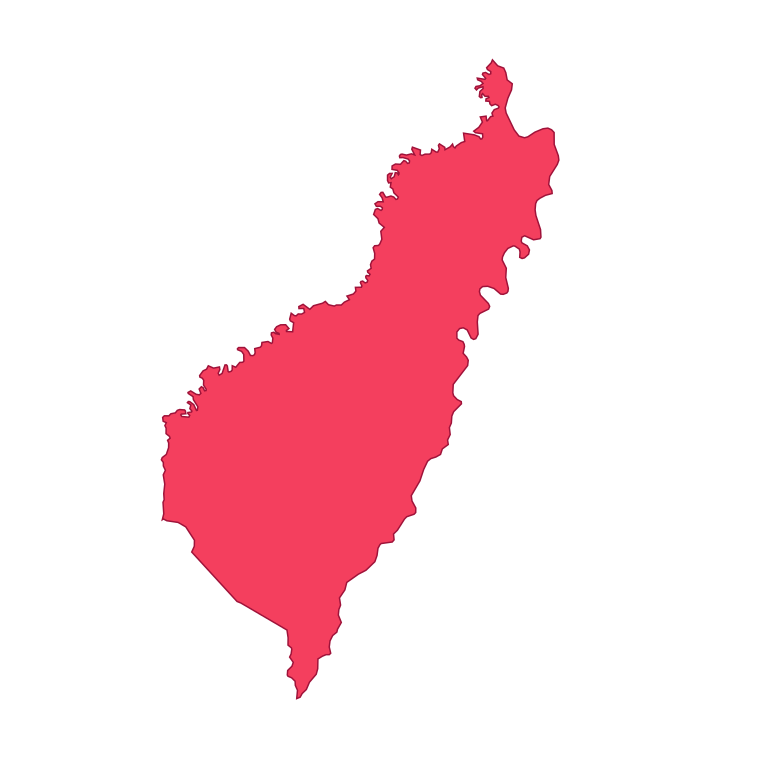 Villanueva, Casanare, Colombia, rotated 246°
{"feature_id": "7082276B89877473443630", "entity_name": "Villanueva", "entity_type": "district", "adm_level": 2, "iso_a3": "COL", "parent_name": "Colombia", "parent_adm1": "Casanare", "projection": "mercator", "projection_center": [-72.768, 4.503], "detail": "fine", "context": "isolated", "style": "filled", "palette": "rose", "viewbox_px": 768, "rotation_deg": 246, "n_neighbors": 0, "source": "geoboundaries", "source_scale": "gbopen_adm2", "svg_char_len": 6171}
<svg xmlns="http://www.w3.org/2000/svg" viewBox="0 0 768 768"><g transform="rotate(246 384 384)"><path d="M366.8,467.9L371.4,470.6L375.0,470.4L379.9,468.8L385.5,472.8L387.7,473.4L390.6,473.3L393.7,470.2L396.1,469.2L401.9,471.7L403.9,475.6L403.1,479.3L399.5,482.0L390.6,482.3L388.3,484.0L388.1,486.3L391.2,490.2L402.8,494.5L408.3,497.7L409.5,500.3L409.9,510.0L411.9,512.1L415.1,512.1L425.9,508.2L429.5,508.7L431.9,510.3L432.9,513.7L431.1,518.5L426.5,523.4L418.7,527.1L417.4,529.4L417.2,533.2L418.2,534.9L420.8,536.5L431.7,538.5L440.0,542.8L449.2,542.4L451.8,543.9L454.9,547.4L457.5,552.3L457.6,558.2L456.8,559.6L452.2,562.5L449.3,562.0L444.5,559.5L442.5,561.2L442.1,563.7L443.8,568.9L447.3,571.4L451.9,571.1L456.9,567.4L458.8,567.5L462.0,569.6L462.2,572.8L454.9,579.3L453.3,585.7L454.3,587.1L461.4,589.8L476.1,591.3L481.7,592.9L487.1,595.9L489.4,598.4L490.3,602.1L490.7,608.3L489.6,615.1L492.5,616.1L499.3,615.6L506.2,619.8L514.1,631.6L517.4,634.8L521.7,636.1L533.6,636.9L544.6,641.7L548.1,640.5L551.1,637.8L552.5,633.1L552.7,624.3L551.3,615.9L551.8,612.5L555.6,608.1L563.2,606.3L581.9,605.8L586.9,607.0L594.7,613.4L600.8,620.1L606.1,623.3L611.7,620.2L618.9,621.9L623.9,621.9L628.4,617.3L636.0,614.9L633.8,612.6L631.2,606.4L629.2,606.4L626.0,608.6L624.0,607.7L624.1,605.8L627.3,603.5L627.8,600.8L626.7,599.8L621.9,601.2L621.3,600.1L625.5,593.6L623.8,593.3L620.8,596.0L618.3,596.7L617.4,593.0L618.4,589.1L617.2,587.4L615.0,588.1L616.0,590.5L615.3,595.3L613.6,594.7L612.2,590.6L607.9,588.0L606.2,588.8L605.9,590.1L608.5,590.9L609.2,592.2L605.7,593.3L604.4,596.4L603.0,596.4L603.0,593.2L601.1,592.1L599.3,595.3L596.8,594.7L594.5,595.5L594.3,599.5L592.0,601.5L590.3,601.8L589.5,600.6L589.8,596.3L587.6,592.8L584.4,592.4L584.9,590.2L582.4,585.6L582.8,584.9L587.2,586.2L588.8,580.6L583.2,580.4L579.9,575.0L578.5,568.8L576.4,569.7L572.5,575.8L569.4,574.7L568.1,573.0L568.5,571.9L571.3,571.4L575.0,567.7L580.8,558.7L572.7,556.4L573.1,552.8L572.0,546.8L570.8,544.9L572.7,543.9L575.3,544.2L573.7,540.8L573.2,535.0L575.5,535.8L580.8,532.3L579.9,530.8L576.4,530.2L574.0,527.4L574.7,526.0L579.0,523.1L576.1,521.3L575.4,519.3L577.3,514.9L577.3,511.6L578.9,510.3L582.9,512.5L588.8,506.3L587.2,504.9L580.8,505.2L583.1,502.7L584.0,497.6L586.7,494.0L587.0,492.4L586.0,490.8L584.3,490.5L583.1,493.5L579.7,497.5L577.4,498.1L575.7,497.0L575.9,495.3L578.7,494.4L580.0,493.0L578.0,488.4L580.3,483.9L579.9,480.1L576.8,478.6L573.8,483.0L570.8,483.6L569.5,482.9L569.2,482.2L571.2,482.2L572.5,480.3L569.2,477.6L568.6,474.1L570.4,473.8L573.1,477.1L574.1,474.7L573.4,472.2L568.5,470.0L565.8,470.0L565.1,472.3L561.3,469.8L558.6,471.4L554.6,470.8L548.9,473.1L547.6,471.6L547.7,470.0L550.8,469.0L552.9,466.8L553.5,462.5L554.3,461.5L559.6,460.9L560.2,459.3L559.0,457.1L554.9,458.0L550.8,457.4L553.0,452.7L552.3,449.0L549.4,449.3L547.9,452.9L545.7,454.2L544.2,453.4L543.8,451.9L546.9,449.5L547.0,447.1L543.1,443.5L537.5,445.7L533.0,445.0L527.0,448.0L524.8,443.2L517.1,440.9L513.7,437.2L512.8,435.3L514.1,431.7L512.9,429.5L507.0,428.6L502.0,426.2L501.2,422.9L498.5,420.2L494.9,419.3L494.1,414.9L492.7,414.6L489.9,415.9L488.8,414.2L490.2,412.3L489.9,411.2L488.3,410.6L485.3,411.3L483.9,410.1L484.0,407.9L486.7,406.4L487.0,404.6L486.3,403.7L482.6,403.7L481.6,402.7L483.9,397.2L480.3,396.1L478.7,392.7L479.4,385.9L475.1,386.7L474.9,381.1L473.5,377.1L475.5,372.6L475.4,370.3L479.0,365.5L483.3,364.0L482.8,360.7L484.2,351.4L482.4,346.6L489.7,342.5L489.4,337.7L487.5,337.0L485.6,341.4L481.7,340.5L481.4,337.1L482.9,334.1L482.0,331.4L483.0,329.9L486.4,328.0L481.6,324.2L479.8,324.1L476.8,326.4L468.9,321.8L471.6,316.3L472.6,316.6L473.3,319.7L478.1,318.3L480.1,313.7L480.0,309.2L478.4,306.3L475.3,306.5L472.9,308.7L472.0,308.4L474.1,305.4L476.1,304.4L476.5,302.0L474.7,300.9L471.1,301.1L467.1,298.8L466.9,297.6L470.0,295.3L471.6,289.4L468.8,287.7L467.9,286.0L468.9,280.3L465.0,279.0L463.5,277.6L463.2,275.8L464.4,273.6L469.3,273.3L474.0,271.4L476.4,266.0L475.9,264.5L474.9,264.2L471.7,267.2L468.1,267.9L461.9,265.3L461.3,263.7L462.4,261.0L459.6,255.4L462.4,252.8L458.6,251.0L457.8,249.7L458.0,247.2L458.8,246.7L464.2,248.2L465.5,247.9L466.1,246.5L459.5,240.4L459.1,237.0L461.3,236.9L463.9,239.9L466.5,240.6L467.8,234.8L472.1,230.9L469.7,227.9L469.6,224.1L466.7,219.0L465.2,218.6L463.1,220.4L460.7,220.8L456.5,218.7L451.5,219.4L450.4,218.8L450.8,217.3L454.0,217.3L455.8,216.1L454.6,213.1L449.9,212.9L449.2,210.9L451.0,208.2L456.3,204.6L456.0,201.5L455.0,201.3L450.1,204.4L447.2,203.5L438.9,204.7L435.9,202.8L436.1,201.9L442.6,201.8L446.9,199.4L447.6,198.1L446.9,196.8L443.4,199.0L440.4,196.6L437.4,197.5L436.7,196.8L437.7,193.2L436.8,192.8L434.4,193.8L433.1,192.2L436.6,186.0L438.4,185.8L438.9,186.6L437.4,190.9L440.2,191.6L441.4,191.3L443.8,186.9L444.0,184.5L442.5,181.6L443.5,177.2L442.4,174.5L444.3,170.4L443.5,168.2L439.8,167.1L437.2,169.4L435.1,166.9L432.3,167.0L427.3,164.7L423.4,166.7L421.5,166.6L420.6,163.4L417.7,163.3L413.4,161.3L408.2,156.5L407.0,151.5L405.3,149.8L402.1,150.5L398.9,149.1L394.1,149.2L390.8,145.4L381.7,143.0L373.4,138.2L367.7,136.1L365.8,134.0L355.0,130.0L350.2,126.3L350.4,127.6L347.4,130.0L341.3,139.6L334.1,144.8L318.4,147.3L312.9,144.7L308.7,140.0L245.1,161.3L242.1,164.2L198.7,195.3L191.2,193.2L184.5,190.1L180.6,192.1L179.1,191.8L175.1,189.3L172.9,186.7L166.6,187.9L163.6,185.1L161.5,179.5L157.5,177.3L156.1,177.4L153.2,180.1L148.6,181.9L144.7,180.4L139.4,180.4L132.1,176.3L132.0,180.0L134.5,183.3L136.5,188.8L141.9,194.6L146.4,204.0L150.8,207.6L159.7,211.8L160.4,217.0L160.3,221.0L159.0,223.9L159.7,225.8L166.0,227.0L171.3,230.2L175.1,234.8L176.5,240.0L178.9,241.8L183.5,248.0L191.5,248.3L196.3,251.0L199.7,254.4L206.7,256.3L211.8,264.5L217.9,269.3L220.7,283.2L221.2,291.8L225.4,303.4L230.2,307.9L236.4,311.7L239.0,315.1L239.4,316.6L236.3,327.3L237.5,329.8L243.1,331.7L245.0,336.8L252.3,347.8L253.5,350.8L252.8,358.6L253.7,360.7L257.8,362.6L265.8,362.0L270.9,363.5L280.9,377.4L289.9,385.6L295.7,392.4L296.8,396.4L296.2,401.7L296.7,407.0L301.0,410.9L302.6,418.1L307.0,419.3L310.9,423.9L317.6,426.0L320.9,429.6L327.1,432.9L330.4,436.4L334.4,446.7L336.5,447.4L340.1,444.5L345.0,442.8L348.0,443.3L355.5,447.1L366.8,467.9Z" fill="#f43f5e" stroke="#9f1239" stroke-width="1.5"/></g></svg>